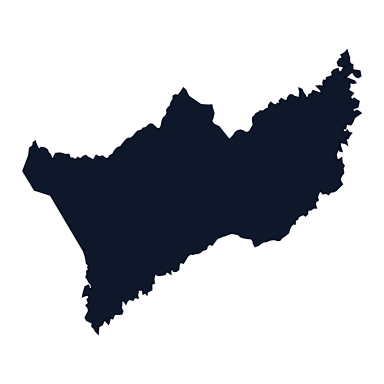 outline of Roncador, Paraná, Brazil
{"feature_id": "56859067B4447919302568", "entity_name": "Roncador", "entity_type": "district", "adm_level": 2, "iso_a3": "BRA", "parent_name": "Brazil", "parent_adm1": "Paraná", "projection": "equal_earth", "projection_center": [-52.226, -24.572], "detail": "fine", "context": "isolated", "style": "filled", "palette": "ink", "viewbox_px": 384, "rotation_deg": 0, "n_neighbors": 0, "source": "geoboundaries", "source_scale": "gbopen_adm2", "svg_char_len": 4822}
<svg xmlns="http://www.w3.org/2000/svg" viewBox="0 0 384 384"><path d="M183.5,88.1L181.2,91.5L178.2,95.5L175.5,94.9L173.3,96.0L173.2,99.6L171.4,102.0L170.2,106.2L168.5,107.5L166.8,110.0L167.3,112.6L166.3,115.4L163.5,117.9L162.3,120.9L161.4,125.8L159.7,129.0L156.9,128.6L152.4,124.4L150.4,124.0L148.7,125.2L146.0,127.7L143.1,128.3L141.7,130.3L139.7,130.8L137.8,131.3L135.8,133.3L133.8,135.8L131.0,138.4L128.1,138.4L125.8,140.2L122.7,144.0L120.8,146.6L117.1,148.0L114.5,151.1L112.7,154.5L110.0,155.6L108.5,158.2L106.4,158.9L104.5,157.6L102.3,156.1L99.1,157.2L96.2,155.4L94.9,157.8L93.5,160.3L89.9,158.3L87.5,157.2L85.8,155.5L83.3,156.6L80.4,159.2L77.9,157.5L75.1,159.8L72.8,158.2L70.1,158.2L68.8,154.5L65.6,154.7L60.0,153.1L57.7,153.4L55.6,153.6L54.2,156.4L53.4,158.9L51.3,158.2L50.6,155.0L48.2,152.4L47.3,150.0L45.5,148.5L43.1,147.6L40.9,147.6L39.3,149.8L37.6,147.4L36.3,144.7L35.1,141.2L33.4,142.6L33.0,145.7L29.7,148.2L28.9,155.4L23.0,171.0L34.5,190.0L38.8,191.3L50.5,195.1L83.6,251.0L85.5,256.9L86.2,260.5L86.5,263.2L88.5,265.1L87.9,267.6L88.8,269.9L86.8,271.2L87.1,274.5L86.0,277.0L87.6,279.2L88.9,282.0L91.1,284.2L91.9,288.4L89.5,289.0L88.5,285.3L85.2,286.7L84.4,289.5L83.2,293.6L82.7,296.6L85.0,295.6L87.8,294.9L89.4,297.4L87.2,299.7L88.8,303.3L86.2,305.3L88.3,308.2L88.6,311.3L85.2,317.6L86.8,320.5L89.2,321.5L92.5,322.9L91.9,326.1L94.4,328.9L95.6,331.2L98.1,333.8L98.6,326.7L102.3,324.7L103.9,320.1L106.0,321.2L108.4,324.0L109.4,321.7L110.0,318.0L112.8,318.6L114.2,314.7L116.3,314.0L118.7,314.3L121.8,313.9L122.7,311.3L121.1,307.9L121.7,304.0L121.3,301.1L123.9,300.9L125.9,304.0L127.1,301.1L129.1,299.1L131.1,299.7L133.2,300.1L134.2,297.5L138.1,298.0L137.3,294.9L138.2,292.2L137.4,289.7L140.1,290.1L142.6,289.7L143.1,293.9L145.4,292.7L146.9,294.6L147.4,291.9L149.6,290.9L151.7,289.8L151.6,287.1L151.7,283.9L154.2,283.2L153.7,278.7L154.4,275.7L155.3,273.5L157.4,275.0L159.6,275.4L162.3,274.9L164.8,274.5L166.4,271.7L168.2,272.2L170.8,274.0L170.5,270.6L172.4,268.5L173.5,271.1L176.0,271.4L178.6,269.5L178.8,266.6L179.5,262.6L181.5,262.6L183.4,263.1L185.7,259.3L187.7,256.0L190.4,253.8L193.0,254.3L195.6,253.3L197.8,253.3L200.2,252.3L202.6,250.1L204.6,249.8L206.4,248.9L207.3,245.6L209.6,244.2L212.4,245.0L214.4,241.8L217.2,238.4L220.4,237.2L222.3,236.2L224.3,235.8L229.2,233.9L231.2,233.3L233.3,233.4L238.1,234.4L240.5,236.5L242.3,237.3L244.9,237.9L248.0,238.4L251.2,238.6L253.0,240.7L253.5,243.5L255.1,246.5L258.4,245.2L260.5,243.4L263.6,241.8L267.2,241.2L269.4,240.1L272.0,239.6L274.7,239.4L277.4,240.4L279.8,240.2L281.6,237.9L285.3,235.4L288.4,232.8L289.2,229.7L291.0,225.9L293.1,223.9L295.1,223.9L295.1,220.2L297.5,219.3L298.3,216.8L300.8,215.5L303.6,214.4L305.5,215.9L307.4,214.1L307.7,210.1L311.1,209.7L313.3,207.9L316.3,207.9L315.3,204.8L315.4,202.0L318.1,200.1L317.2,197.1L318.8,192.7L320.8,190.6L322.9,193.8L326.0,193.0L328.5,194.5L330.6,191.9L333.7,191.6L336.2,190.3L339.0,187.4L342.3,184.2L340.8,181.8L339.9,179.3L341.5,175.5L343.6,172.9L342.8,168.2L344.1,165.8L342.0,163.1L341.5,157.9L339.4,159.5L337.3,160.1L336.0,154.8L337.2,151.4L340.4,146.5L340.0,142.1L343.4,143.0L345.5,143.2L347.2,144.6L346.4,140.7L345.6,137.8L348.0,138.5L349.5,135.5L351.4,133.1L348.9,132.6L347.3,130.3L345.6,132.4L343.1,131.1L343.1,127.7L345.5,128.8L346.4,123.7L350.6,124.8L352.4,122.6L354.5,117.5L361.0,113.1L358.4,111.1L356.5,110.5L354.2,112.4L352.2,109.1L357.8,106.9L359.0,101.3L356.5,100.0L354.3,98.3L351.8,99.9L350.2,96.9L353.3,93.2L350.2,91.4L348.2,90.0L349.9,86.7L349.6,82.1L352.9,83.3L355.7,82.7L354.3,80.9L351.5,79.9L348.4,78.6L345.4,77.6L350.4,73.3L352.6,71.8L354.4,75.0L356.2,76.8L358.2,77.5L360.7,76.0L359.8,71.0L356.6,70.4L354.3,70.4L352.6,69.1L352.7,64.7L350.7,64.1L349.4,61.7L349.4,57.8L347.0,50.2L345.2,52.5L343.1,53.8L341.0,54.9L342.9,57.8L339.8,58.9L337.5,62.3L338.4,65.6L344.1,66.8L341.4,71.6L338.9,72.3L337.9,68.6L333.9,70.1L331.8,72.3L332.7,75.5L330.0,76.7L326.6,77.7L325.9,81.0L323.6,80.3L323.0,83.0L323.7,86.6L319.9,85.8L316.7,86.2L319.2,88.5L321.1,90.7L321.3,93.5L316.9,92.1L313.1,90.6L311.3,94.2L309.0,94.5L308.5,97.5L306.1,97.6L304.8,94.8L302.8,92.0L301.9,89.5L299.1,88.3L300.0,92.3L299.5,94.8L299.9,97.8L296.9,97.2L294.3,96.5L291.8,94.8L289.7,95.2L287.7,97.8L287.2,100.9L284.1,100.3L281.3,98.6L279.3,101.0L280.3,104.3L277.6,103.3L275.3,105.4L272.9,104.1L270.7,102.4L268.8,105.1L268.6,108.2L265.5,109.3L263.1,111.3L260.1,111.0L258.6,112.5L256.0,113.7L254.8,115.7L252.9,117.3L252.7,120.3L253.4,125.0L251.2,128.6L249.8,131.3L247.4,132.6L245.2,132.4L243.2,131.1L240.4,130.2L237.4,131.0L235.2,132.7L233.3,135.8L231.2,137.9L229.2,139.7L219.0,126.9L213.7,124.3L211.4,121.1L212.7,118.2L213.8,113.1L212.9,110.0L212.1,107.5L211.7,105.0L209.1,105.3L201.0,104.8L188.7,96.5L187.0,93.2L185.9,90.6L183.5,88.1ZM340.4,146.5L339.9,150.9L342.0,151.4L340.4,146.5Z" fill="#0f172a" stroke="#020617" stroke-width="1.5"/></svg>